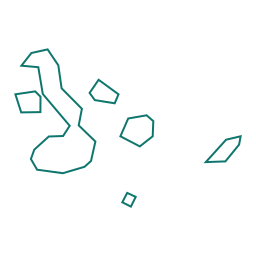 outline of Galápagos
{"feature_id": "ECU-1270", "entity_name": "Galápagos", "entity_type": "Province", "adm_level": 1, "iso_a3": "ECU", "parent_name": "Ecuador", "parent_adm1": "", "projection": "robinson", "projection_center": [-90.747, 0.131], "detail": "coarse", "context": "isolated", "style": "outline", "palette": "teal", "viewbox_px": 256, "rotation_deg": 0, "n_neighbors": 0, "source": "natural_earth", "source_scale": "10m", "svg_char_len": 689}
<svg xmlns="http://www.w3.org/2000/svg" viewBox="0 0 256 256"><path d="M95.4,141.5L91.0,161.0L84.5,166.8L62.9,173.2L37.1,169.7L30.9,159.0L34.3,149.6L48.8,136.5L63.1,136.0L69.7,125.8L42.8,94.0L38.3,67.2L21.4,65.7L31.4,53.0L47.6,49.4L58.3,65.3L61.6,88.3L81.9,108.8L78.7,125.4L95.4,141.5ZM153.3,121.1L152.7,136.3L139.8,146.4L120.4,136.3L128.2,118.5L146.6,115.3L153.3,121.1ZM40.4,112.1L21.2,112.4L15.4,94.3L35.2,91.4L40.5,96.7L40.4,112.1ZM226.1,139.7L240.6,136.3L239.1,144.6L225.4,161.4L205.8,162.1L226.1,139.7ZM118.5,94.3L114.7,103.3L94.8,100.1L89.6,92.9L98.6,79.8L118.5,94.3ZM135.7,196.9L130.9,206.6L122.3,202.3L127.2,192.9L135.7,196.9Z" fill="none" stroke="#0f766e" stroke-width="2"/></svg>